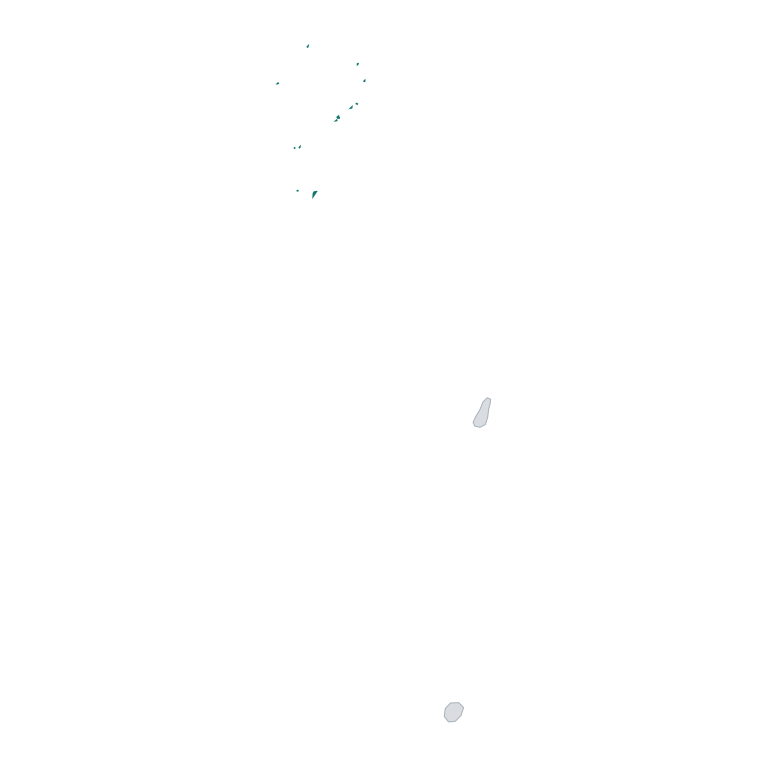 Maldives, with Baa highlighted
{"feature_id": "MDV-5228", "entity_name": "Baa", "entity_type": "Atoll", "adm_level": 1, "iso_a3": "MDV", "parent_name": "Maldives", "parent_adm1": "", "projection": "orthographic", "projection_center": [73.003, 5.117], "detail": "fine", "context": "in_parent", "style": "filled", "palette": "teal", "viewbox_px": 768, "rotation_deg": 0, "n_neighbors": 0, "source": "natural_earth", "source_scale": "10m", "svg_char_len": 1185}
<svg xmlns="http://www.w3.org/2000/svg" viewBox="0 0 768 768"><path d="M485.5,424.3L480.0,427.3L474.8,426.1L473.1,422.3L475.6,416.8L479.9,409.7L482.9,402.0L487.2,397.8L490.6,399.2L490.2,403.5L488.6,409.5L487.7,417.2L485.5,424.3ZM455.3,721.3L448.5,721.9L444.3,716.5L445.2,708.6L450.5,703.0L458.8,702.7L463.6,707.6L461.1,715.3L455.3,721.3Z" fill="#d9dde1" stroke="#a8b0b8" stroke-width="1"/><path d="M316.3,191.7L313.2,196.4L313.4,193.3L314.2,192.0L315.3,191.8L316.3,191.7ZM338.4,116.0L338.5,116.0L338.7,116.9L339.2,117.6L339.2,118.1L338.0,118.2L337.2,117.4L337.5,116.9L338.0,116.6L338.4,116.0ZM351.8,107.0L351.7,107.9L350.7,108.1L351.8,107.0ZM364.7,80.5L364.7,81.2L363.6,81.6L364.7,80.5ZM308.0,46.1L307.8,46.9L306.9,47.2L308.0,46.1ZM299.9,146.8L299.8,147.5L299.7,147.6L299.3,147.7L298.9,147.9L299.9,146.8ZM337.1,119.6L336.6,120.6L335.9,120.7L337.1,119.6ZM296.7,190.7L298.4,190.5L297.8,190.9L296.7,190.7L296.7,190.7ZM358.6,63.3L357.5,64.4L357.5,63.9L358.6,63.3ZM278.5,82.6L278.2,83.4L277.5,83.7L277.4,83.7L278.5,82.6ZM355.8,103.3L356.8,103.7L357.9,104.2L356.8,104.0L355.8,103.3ZM295.2,147.5L294.1,148.6L294.4,148.0L295.2,147.5Z" fill="#14b8a6" stroke="#0f766e" stroke-width="1.5"/></svg>